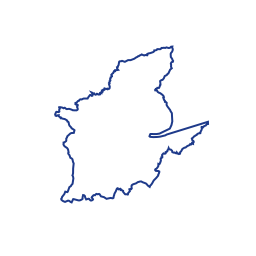 Mampikony, Sofia, Madagascar (Albers equal-area conic projection), rotated 292°
{"feature_id": "10022922B54995100782210", "entity_name": "Mampikony", "entity_type": "district", "adm_level": 2, "iso_a3": "MDG", "parent_name": "Madagascar", "parent_adm1": "Sofia", "projection": "albers", "projection_center": [47.723, -16.182], "detail": "fine", "context": "isolated", "style": "outline", "palette": "blue", "viewbox_px": 256, "rotation_deg": 292, "n_neighbors": 0, "source": "geoboundaries", "source_scale": "gbopen_adm2", "svg_char_len": 5823}
<svg xmlns="http://www.w3.org/2000/svg" viewBox="0 0 256 256"><g transform="rotate(292 128 128)"><path d="M220.1,138.6L219.5,137.5L218.3,137.0L217.8,136.5L217.4,135.7L217.1,133.4L216.2,132.6L215.8,131.1L215.2,130.2L214.8,129.1L213.5,128.7L213.1,128.3L212.1,125.6L211.0,125.3L210.3,124.4L209.8,123.3L208.9,123.5L207.8,122.9L205.7,120.5L205.0,119.3L203.9,118.1L203.6,118.1L203.0,118.8L202.9,119.4L202.1,116.6L201.3,115.8L201.3,113.1L200.4,112.5L199.7,111.7L198.8,111.2L198.4,110.5L197.6,110.2L196.6,109.2L194.6,107.9L191.9,105.0L190.9,102.6L188.2,100.3L188.0,97.3L187.2,96.5L186.9,95.6L186.4,95.1L186.0,95.0L182.8,95.7L181.8,95.5L180.8,95.7L180.2,95.0L179.0,95.7L178.2,97.1L177.0,95.2L176.9,94.6L176.7,94.3L176.0,94.6L175.8,94.1L175.4,94.4L174.7,93.7L173.4,93.7L173.1,93.4L171.1,92.6L170.4,93.0L170.3,93.6L169.9,93.8L169.6,93.5L168.7,93.3L168.3,92.9L167.4,93.3L166.7,93.0L165.4,93.9L164.8,93.8L164.5,93.4L163.7,93.7L162.7,93.5L162.5,94.2L161.3,94.1L159.7,95.5L158.2,96.0L157.5,95.9L157.1,95.6L156.9,94.9L156.4,94.7L156.7,94.0L156.0,93.3L155.9,91.5L155.5,91.6L155.0,91.2L154.5,91.7L154.1,91.4L154.0,90.5L153.5,90.1L153.1,90.2L152.9,89.8L152.0,90.3L151.9,90.8L151.7,90.7L151.7,90.2L150.5,90.4L150.7,89.4L150.0,88.9L148.7,89.5L148.6,89.4L148.0,88.3L148.2,87.3L147.9,87.0L148.1,86.4L148.0,86.2L147.5,86.3L146.7,85.4L146.8,84.2L147.4,83.6L147.0,82.9L147.1,82.6L146.9,82.3L147.3,81.6L147.3,80.9L146.3,82.4L145.2,82.9L144.6,82.9L144.2,82.3L144.6,81.0L144.3,80.4L141.7,79.7L140.2,79.5L138.8,76.0L137.9,75.0L137.1,74.4L136.9,73.4L136.1,72.5L135.0,72.4L134.1,71.4L132.1,70.8L131.6,69.9L130.4,70.3L130.2,71.7L130.6,72.3L130.5,72.8L129.8,73.0L128.5,72.8L127.3,74.0L126.5,74.4L125.9,74.3L125.1,73.7L123.8,70.3L123.9,68.5L123.7,66.2L122.6,64.2L122.6,63.3L123.1,61.8L122.9,61.4L122.2,60.9L122.3,59.4L122.0,57.7L121.5,56.4L121.1,56.5L120.4,57.5L118.9,57.4L117.5,58.2L116.8,57.9L116.2,55.6L115.9,55.4L113.4,55.3L112.3,56.2L112.3,57.0L113.1,57.5L113.8,58.8L113.1,58.8L113.0,59.0L113.2,59.3L112.8,60.0L112.5,61.3L112.6,61.9L112.4,62.0L112.0,61.8L111.8,62.2L112.2,62.8L112.2,64.0L112.6,66.0L112.3,68.1L112.1,68.8L111.3,69.4L111.3,70.4L110.6,71.1L109.3,71.9L108.3,72.8L107.1,75.4L106.6,75.8L106.2,78.3L105.9,79.2L103.2,79.6L102.1,77.4L101.3,76.6L97.5,74.8L96.4,75.0L95.1,74.7L93.5,75.4L92.7,75.5L91.0,74.5L90.4,73.7L89.6,74.1L88.8,74.2L88.1,74.8L87.3,76.0L86.6,79.1L85.7,80.4L83.1,82.1L82.5,81.9L81.9,82.2L81.3,83.0L80.9,83.9L78.8,85.7L78.7,87.1L78.2,88.2L76.0,89.7L74.8,90.9L74.1,91.1L69.9,92.3L65.5,94.0L63.7,94.3L63.3,94.2L62.4,95.2L60.9,96.2L55.5,97.5L53.8,96.9L52.7,96.8L51.2,95.8L46.4,96.0L45.8,95.7L45.5,93.7L42.8,93.7L39.4,92.7L38.6,92.9L37.4,92.6L36.9,92.8L36.5,93.2L36.0,94.7L35.9,95.8L35.9,97.3L38.2,99.6L38.4,100.6L37.9,102.7L37.9,103.6L41.5,103.8L41.7,104.2L42.3,109.1L42.8,110.4L44.2,111.8L45.3,112.4L46.9,111.8L49.0,111.5L49.2,112.4L48.7,113.6L47.6,114.3L46.1,116.0L47.6,117.8L47.7,118.6L47.3,119.1L46.8,120.4L47.1,121.3L47.9,122.1L48.7,122.3L49.1,121.9L49.9,120.4L50.6,120.4L52.7,121.2L53.1,121.7L53.3,122.6L54.7,123.1L55.1,123.5L55.2,124.7L56.0,125.8L55.9,126.2L55.9,126.6L54.5,128.5L54.9,131.6L54.3,134.6L56.6,138.0L57.1,140.2L57.8,140.7L59.5,140.3L60.7,140.3L61.4,140.1L62.3,140.1L64.7,140.4L67.3,140.4L68.1,140.7L68.3,141.0L67.7,141.7L67.6,142.4L68.4,143.1L68.8,143.7L68.5,144.2L67.8,144.5L68.3,145.2L67.8,146.1L67.9,147.0L66.9,147.5L65.6,149.9L65.5,150.3L66.1,151.7L66.2,152.7L66.7,152.8L67.7,152.5L70.2,153.4L71.7,152.2L72.3,152.9L72.5,153.9L73.4,154.1L74.7,153.3L76.1,152.9L76.5,153.0L77.8,153.9L79.7,156.2L81.4,157.3L82.9,159.2L83.4,160.4L83.2,161.8L83.3,165.2L83.1,166.0L82.0,168.1L81.5,170.2L83.0,170.2L84.0,170.7L85.7,171.1L89.0,171.5L92.3,172.9L95.2,173.8L96.1,173.5L97.3,173.7L98.3,173.5L98.6,173.6L99.4,173.3L99.5,172.4L98.7,169.9L99.0,169.1L99.5,168.8L100.2,168.9L100.9,169.6L102.0,170.0L103.8,170.4L106.1,169.6L106.1,170.5L106.7,170.8L107.4,170.7L107.9,170.9L109.1,170.7L109.9,170.8L111.6,169.8L112.4,170.3L113.2,169.9L113.7,170.7L114.2,170.4L114.8,170.4L115.1,170.0L115.8,169.7L117.6,170.3L117.9,170.6L117.9,171.7L118.4,172.3L119.1,172.4L119.8,172.0L120.6,172.9L121.1,173.2L121.9,172.9L123.1,173.3L124.6,173.2L123.7,174.1L124.0,175.9L123.4,177.4L122.2,178.2L122.3,179.8L122.8,180.5L122.5,181.4L122.6,182.2L123.0,182.4L123.6,182.4L122.9,183.4L123.0,183.8L122.8,184.4L123.5,184.9L123.3,185.6L123.5,185.8L124.1,185.8L125.0,185.4L126.3,186.0L129.0,186.3L130.9,187.7L131.5,188.7L133.4,189.7L135.4,191.6L136.4,191.7L136.4,192.7L136.7,192.9L138.3,192.9L138.4,193.1L137.7,193.9L137.7,194.2L138.5,193.8L139.2,194.2L140.0,194.0L140.5,193.4L140.6,192.4L142.2,191.1L143.6,192.0L144.8,192.3L145.6,193.0L146.5,193.4L147.1,194.2L148.6,194.6L149.6,195.8L150.1,196.1L150.1,196.8L150.3,197.0L151.7,196.7L153.8,196.9L155.2,196.7L156.0,196.0L156.6,195.9L156.9,196.7L156.7,197.3L158.3,197.9L159.5,199.2L160.9,199.5L161.7,200.7L163.7,199.8L136.5,166.4L135.1,165.3L132.0,161.0L130.8,158.8L129.0,154.8L128.1,151.8L128.4,151.0L130.5,150.9L130.9,151.2L133.0,156.6L134.6,159.3L143.1,167.0L147.0,167.2L150.7,166.6L158.2,163.1L159.6,161.1L160.4,160.4L162.8,156.4L163.9,155.1L165.9,154.4L166.3,153.2L166.1,152.5L166.9,152.2L167.2,151.3L168.0,150.8L168.2,150.3L169.1,149.7L169.3,149.3L169.7,149.3L170.1,149.7L171.0,148.9L171.8,147.2L171.8,146.5L172.1,146.0L172.4,144.4L172.3,143.4L172.5,142.4L172.7,141.9L173.5,141.0L173.3,139.5L172.7,138.5L173.7,139.1L174.6,139.1L174.8,139.9L176.2,140.1L176.7,141.6L176.9,141.8L179.1,141.8L179.8,141.6L180.1,141.9L180.6,141.8L183.5,140.2L184.9,141.0L185.6,142.0L187.4,142.6L189.9,142.6L191.6,144.1L193.0,144.4L193.6,145.0L197.9,145.2L199.8,146.2L200.8,145.0L202.8,144.3L203.6,143.6L204.9,143.6L205.5,143.9L206.2,144.8L207.1,144.7L207.9,143.6L208.6,143.1L209.9,141.1L212.7,139.8L213.8,139.8L215.2,140.3L216.7,140.3L217.9,140.0L219.1,138.8L220.1,138.6Z" fill="none" stroke="#1e3a8a" stroke-width="2"/></g></svg>